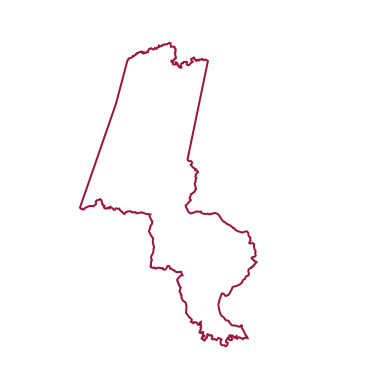 Ricaurte, Nariño, Colombia (Albers equal-area conic projection), rotated 122°
{"feature_id": "7082276B47092068992796", "entity_name": "Ricaurte", "entity_type": "district", "adm_level": 2, "iso_a3": "COL", "parent_name": "Colombia", "parent_adm1": "Nariño", "projection": "albers", "projection_center": [-77.964, 1.247], "detail": "fine", "context": "isolated", "style": "outline", "palette": "rose", "viewbox_px": 384, "rotation_deg": 122, "n_neighbors": 0, "source": "geoboundaries", "source_scale": "gbopen_adm2", "svg_char_len": 6006}
<svg xmlns="http://www.w3.org/2000/svg" viewBox="0 0 384 384"><g transform="rotate(122 192 192)"><path d="M264.7,278.7L265.0,276.9L264.3,276.2L264.7,275.3L264.1,274.4L262.1,274.2L258.9,272.0L257.5,270.6L256.2,267.8L254.9,267.7L253.9,267.1L252.8,267.1L252.1,267.5L251.3,268.6L250.8,268.6L250.3,268.3L249.5,268.3L248.2,266.9L246.8,266.3L246.7,265.4L247.3,264.1L248.8,262.7L249.0,262.1L249.9,261.7L250.0,260.4L250.5,259.8L250.2,259.1L251.2,259.1L251.3,258.2L251.8,258.1L251.7,257.6L252.0,257.1L251.5,255.7L250.3,255.4L249.9,253.8L249.1,254.2L248.8,253.7L247.9,253.5L248.4,252.8L247.8,252.2L248.0,250.3L248.6,248.9L247.5,247.9L246.3,248.0L245.3,245.6L244.6,244.8L245.2,244.3L246.0,242.2L245.7,241.4L246.6,238.6L246.3,237.6L244.6,237.7L243.8,236.8L243.0,236.7L240.9,234.0L241.1,232.9L240.6,232.0L240.7,231.4L239.0,229.2L239.0,228.6L239.5,228.0L239.0,227.7L238.8,226.8L237.0,225.2L236.6,224.3L235.9,224.0L235.0,219.6L233.6,216.7L233.9,216.2L233.4,215.6L234.3,215.6L235.2,215.1L237.5,211.3L237.9,210.1L238.6,210.1L239.2,209.4L240.6,209.1L243.6,209.2L244.3,208.5L248.3,207.7L249.4,205.2L250.4,204.3L251.9,200.3L254.1,199.4L255.8,198.3L259.0,194.9L260.3,194.6L263.4,193.0L265.2,192.6L268.1,192.5L269.2,192.0L271.4,189.7L272.4,190.0L275.3,188.3L276.4,188.2L276.6,187.5L277.5,187.3L277.5,186.4L277.0,184.8L275.9,183.8L276.5,183.0L275.6,181.7L275.0,181.5L274.4,180.8L273.6,179.6L273.2,178.2L272.1,176.9L272.2,176.3L272.7,176.2L273.0,175.6L272.3,174.0L271.3,173.3L267.7,173.4L267.2,173.0L267.1,171.5L268.6,169.9L268.0,168.5L268.2,166.1L267.7,165.5L268.2,164.4L268.1,162.2L267.3,161.6L266.6,160.3L265.4,159.1L267.7,156.0L268.2,156.9L269.6,157.5L273.1,158.1L274.4,158.1L275.1,157.4L275.4,156.2L276.5,155.8L277.1,154.1L278.0,153.7L278.2,152.5L279.1,151.6L279.2,150.8L280.7,150.7L281.8,150.1L283.1,149.8L284.0,147.7L285.0,147.2L285.1,146.0L287.1,145.1L287.6,144.1L288.8,142.7L289.3,138.6L292.1,135.9L297.6,133.1L299.1,129.2L299.5,128.7L300.0,125.2L300.5,124.3L302.7,124.1L302.5,122.8L302.7,121.6L302.3,121.2L301.3,121.4L300.3,119.2L300.5,118.1L301.4,116.9L301.0,115.5L299.0,116.2L297.8,115.9L297.4,115.6L298.7,115.2L300.8,113.1L301.8,112.8L302.7,112.9L303.4,111.8L305.4,111.7L307.2,111.2L306.8,109.8L305.6,109.5L304.9,108.3L305.2,107.9L307.3,107.5L307.6,106.7L307.2,105.4L307.5,104.9L308.0,105.0L309.3,106.6L311.2,106.2L310.9,105.0L311.5,103.8L311.3,102.6L309.6,102.9L307.4,102.1L304.4,103.5L304.1,102.5L304.3,100.6L303.2,99.8L303.2,99.1L304.1,97.8L306.0,97.5L306.1,96.5L304.7,94.7L304.6,92.7L301.7,92.3L301.3,89.0L301.5,88.7L303.5,88.8L305.9,86.8L306.1,85.2L304.8,83.5L305.1,81.9L303.6,81.0L302.1,81.2L301.0,81.8L301.3,83.3L301.0,84.0L299.8,84.4L296.5,84.4L296.3,84.2L296.4,83.8L297.8,81.7L296.5,79.9L295.8,79.8L295.0,80.5L294.2,82.0L294.5,84.0L293.8,84.3L292.2,81.5L293.1,78.9L290.5,78.0L290.9,77.5L292.5,77.1L292.6,76.1L290.3,75.2L289.9,73.4L289.8,70.8L288.4,70.6L287.2,69.4L286.4,67.5L285.3,69.1L285.2,70.3L281.9,75.4L281.1,77.4L280.6,78.1L279.4,78.4L278.8,79.0L279.3,79.7L280.5,79.9L281.3,80.6L282.1,84.0L283.8,87.3L283.8,88.2L282.9,91.0L281.9,92.4L281.9,93.3L282.7,94.6L282.7,95.8L281.7,97.9L281.2,101.5L280.3,103.3L279.0,104.9L274.6,109.2L273.0,110.3L271.0,110.7L269.1,111.5L262.5,112.9L262.0,112.8L261.6,110.8L262.3,109.4L262.2,108.2L261.0,107.2L259.1,106.4L254.7,106.6L251.4,107.2L249.7,106.3L249.0,105.1L245.0,102.4L241.6,101.6L240.3,102.1L239.5,102.0L237.2,101.0L235.8,101.4L234.7,101.4L232.8,99.9L230.8,100.6L229.8,102.0L227.7,103.0L226.3,102.6L225.1,101.6L224.0,101.8L223.5,100.9L222.3,101.2L221.6,100.6L220.9,100.8L219.6,100.4L219.0,100.6L217.4,99.9L217.1,100.2L217.5,103.0L216.9,104.1L216.9,105.6L216.4,106.5L215.7,106.5L213.4,104.5L212.2,104.2L210.4,106.0L208.4,106.7L207.7,108.3L205.7,110.4L203.3,111.6L203.2,113.9L204.9,115.2L204.9,116.4L203.2,116.9L202.0,116.8L200.8,118.0L199.8,118.3L199.5,119.1L199.5,120.4L196.8,122.9L196.2,124.5L197.9,126.5L199.6,127.6L200.9,132.0L201.1,134.9L201.0,135.8L200.4,136.8L200.8,138.3L200.5,138.7L200.1,141.4L200.6,146.4L200.2,147.9L200.4,149.7L199.7,152.1L197.4,156.7L197.0,159.1L197.7,161.5L201.7,165.4L201.9,167.0L203.0,168.2L204.3,170.5L204.8,173.1L203.9,174.1L205.4,176.1L205.7,177.2L206.4,178.2L208.0,179.1L210.8,181.7L210.9,183.6L210.4,185.4L209.2,186.6L208.3,188.6L207.1,190.1L206.4,190.3L205.3,189.6L203.5,189.5L199.4,188.7L198.9,190.4L198.4,190.8L196.0,191.1L194.6,191.8L193.9,191.6L193.5,191.0L191.8,190.8L190.8,190.0L189.2,190.0L188.5,190.4L187.3,190.1L183.9,193.9L182.9,194.3L181.2,194.3L180.4,195.3L178.0,195.6L177.3,197.2L176.3,197.4L175.4,198.0L173.2,197.9L171.9,197.5L171.2,199.0L171.8,200.9L171.7,201.1L170.6,201.1L170.7,203.7L169.8,207.4L169.6,207.6L168.4,207.2L166.9,207.5L166.3,208.9L167.5,211.3L166.9,213.0L72.5,247.9L72.5,250.6L74.2,252.4L73.7,253.9L74.8,254.3L75.5,255.7L76.9,255.8L76.8,257.2L78.4,257.7L77.7,258.4L78.3,259.9L76.9,261.2L77.1,261.9L78.5,262.3L79.6,263.2L80.9,262.1L81.2,260.5L81.9,260.5L83.1,261.3L85.5,261.6L86.5,262.3L86.7,263.9L85.7,264.7L84.8,264.7L84.4,265.2L85.8,267.7L86.7,268.1L87.5,267.8L88.0,268.8L89.1,269.0L90.2,268.6L91.3,268.7L91.5,267.2L92.0,266.9L92.9,267.8L92.9,269.0L92.1,270.2L92.3,270.9L90.5,272.6L90.4,273.7L90.6,274.5L91.5,273.5L92.2,273.3L93.2,274.3L93.7,275.7L93.5,276.0L92.6,276.2L92.5,278.3L91.6,279.0L91.3,278.0L90.8,277.5L89.3,277.7L87.7,276.6L87.1,276.6L87.0,277.1L85.9,277.4L85.0,278.7L83.8,279.3L82.9,280.4L81.4,280.3L80.6,281.4L79.6,281.5L79.1,282.1L79.0,283.2L78.1,283.9L79.9,286.9L77.3,289.0L77.3,290.1L80.2,291.6L81.1,293.3L81.7,293.5L82.9,295.0L84.3,295.0L85.1,296.0L85.2,296.8L85.9,296.8L85.7,297.6L87.3,297.2L88.2,298.2L89.5,298.0L89.5,299.7L90.9,299.8L91.7,300.2L91.6,302.6L92.4,302.9L92.9,304.0L93.7,304.2L95.4,303.9L96.5,304.4L96.9,303.8L97.7,304.7L98.7,305.0L99.4,305.9L100.2,306.5L100.4,307.0L99.4,307.3L100.3,307.9L100.2,308.3L99.5,308.7L99.5,309.2L100.8,310.1L101.4,311.0L102.7,311.4L103.2,312.2L104.5,312.0L104.7,312.7L105.7,312.6L107.3,313.2L108.0,314.3L109.3,313.9L112.4,316.5L113.8,316.1L114.5,316.5L157.6,303.2L264.7,278.7Z" fill="none" stroke="#9f1239" stroke-width="2"/></g></svg>